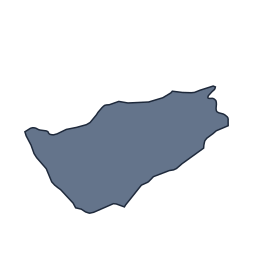 the border of Chimaltenango, rotated 229°
{"feature_id": "GTM-1949", "entity_name": "Chimaltenango", "entity_type": "Department", "adm_level": 1, "iso_a3": "GTM", "parent_name": "Guatemala", "parent_adm1": "", "projection": "natural_earth1", "projection_center": [-90.916, 14.662], "detail": "fine", "context": "isolated", "style": "filled", "palette": "slate", "viewbox_px": 256, "rotation_deg": 229, "n_neighbors": 0, "source": "natural_earth", "source_scale": "10m", "svg_char_len": 1408}
<svg xmlns="http://www.w3.org/2000/svg" viewBox="0 0 256 256"><g transform="rotate(229 128 128)"><path d="M162.2,89.6L157.8,98.8L157.0,103.0L158.6,112.6L159.5,115.7L160.4,121.6L160.5,123.7L160.4,125.2L159.6,126.8L157.8,129.2L154.1,138.5L146.9,144.4L134.1,160.6L128.0,174.1L126.4,183.2L126.6,185.2L126.7,185.6L119.1,192.4L113.2,198.8L111.2,201.6L110.9,202.5L109.2,207.3L103.8,219.8L101.7,220.9L101.0,220.0L100.5,219.1L100.3,218.0L100.3,215.3L99.7,210.0L99.0,208.6L98.3,208.1L97.5,208.3L96.5,209.3L95.0,211.2L94.2,211.7L93.2,212.1L91.1,212.3L89.6,211.6L87.9,210.3L85.1,207.4L83.6,206.3L82.3,205.8L81.5,205.9L80.7,206.2L79.9,206.5L76.2,209.0L75.2,209.4L73.9,209.8L71.3,210.2L70.0,210.0L68.7,209.2L68.0,208.5L64.0,205.1L68.0,192.8L68.0,188.4L68.6,180.9L68.0,177.7L67.0,176.2L65.2,173.9L63.2,171.9L65.6,145.4L65.6,138.0L66.5,134.9L68.8,131.2L74.6,115.3L74.0,108.2L74.2,107.0L76.1,100.6L71.5,75.6L70.8,73.5L78.4,69.3L80.5,67.3L86.9,46.8L88.7,43.5L89.2,42.9L89.8,42.5L92.5,40.9L97.4,39.5L102.1,36.1L107.3,37.3L125.7,36.7L129.1,35.9L133.0,35.2L137.4,35.1L150.9,39.6L165.5,39.6L170.3,40.3L178.7,43.6L188.9,46.0L192.8,47.7L192.0,52.8L191.9,53.6L191.6,54.6L191.2,55.4L190.7,56.3L189.7,57.3L188.4,58.3L185.3,59.5L183.9,60.5L179.6,64.3L178.2,65.0L177.1,65.1L176.4,64.7L175.5,64.7L174.8,64.8L174.1,65.2L172.9,66.1L171.7,67.3L170.1,70.6L167.4,80.5L162.2,89.6Z" fill="#64748b" stroke="#1e293b" stroke-width="1.5"/></g></svg>